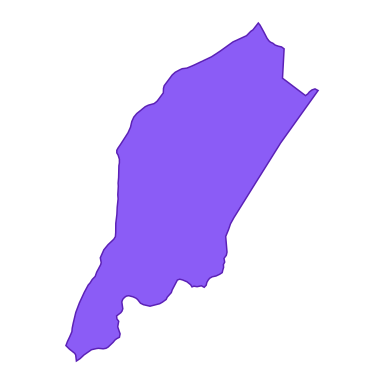 Querência do Norte, Paraná, Brazil
{"feature_id": "56859067B64295279901958", "entity_name": "Querência do Norte", "entity_type": "district", "adm_level": 2, "iso_a3": "BRA", "parent_name": "Brazil", "parent_adm1": "Paraná", "projection": "orthographic", "projection_center": [-53.558, -23.06], "detail": "fine", "context": "isolated", "style": "filled", "palette": "violet", "viewbox_px": 384, "rotation_deg": 0, "n_neighbors": 0, "source": "geoboundaries", "source_scale": "gbopen_adm2", "svg_char_len": 2017}
<svg xmlns="http://www.w3.org/2000/svg" viewBox="0 0 384 384"><path d="M166.2,299.4L167.2,297.2L171.3,292.6L172.2,289.9L177.4,280.0L179.7,279.2L182.5,279.9L187.0,281.8L190.6,284.7L192.0,286.9L193.9,286.2L197.1,286.7L201.4,285.8L204.2,287.3L206.2,285.2L206.8,282.5L208.1,280.2L209.6,278.3L212.2,276.8L216.0,276.0L219.8,274.2L222.2,272.6L222.8,270.0L223.6,267.4L223.4,264.5L224.7,262.1L224.0,258.4L226.3,255.3L227.0,252.1L226.3,243.6L225.7,236.5L228.6,229.4L230.5,223.8L234.1,217.3L235.2,215.6L256.2,181.9L261.6,173.3L278.3,146.7L280.5,143.1L318.1,90.5L315.0,88.9L312.0,89.9L309.4,91.9L307.7,94.0L305.5,95.6L282.5,78.2L284.1,48.8L281.5,46.9L278.4,46.2L275.2,45.1L272.8,43.2L270.5,42.2L268.8,40.7L267.0,38.2L263.8,32.0L260.0,25.1L258.3,23.0L252.9,29.9L250.8,31.3L246.5,35.7L233.0,41.9L220.2,51.1L211.5,56.8L199.9,62.3L194.2,65.0L192.2,65.9L186.9,68.1L182.2,68.7L179.6,69.9L175.3,72.2L172.2,75.0L164.2,85.7L163.5,88.3L163.3,92.9L158.4,99.5L157.0,101.3L154.1,103.6L148.3,105.2L145.2,106.7L136.8,113.5L133.8,117.1L131.8,121.5L130.5,127.2L128.0,132.8L120.6,144.3L118.0,148.1L116.8,150.3L116.8,152.9L118.1,155.1L119.4,159.2L119.4,163.0L118.9,165.7L118.6,177.6L118.1,183.1L118.3,186.1L118.2,188.2L117.8,194.8L118.1,198.9L117.2,207.3L116.9,214.2L115.8,223.3L115.7,232.6L115.4,236.6L113.8,239.2L111.6,241.3L108.1,244.6L103.9,249.7L100.3,257.8L101.2,262.6L100.7,264.6L96.7,272.1L95.2,276.4L92.2,279.5L90.1,282.9L88.3,284.9L84.3,292.3L79.4,302.9L75.8,312.4L73.2,323.3L72.2,328.2L71.9,331.7L69.8,336.6L67.5,341.4L65.9,345.6L69.4,349.1L74.7,353.3L75.7,355.0L76.4,361.0L80.1,358.6L83.9,355.0L91.5,349.7L96.3,348.6L98.4,348.3L103.2,348.8L106.0,348.3L108.1,347.1L113.2,342.2L114.9,340.1L116.7,338.7L119.4,337.3L120.1,333.9L117.7,326.8L118.7,321.3L116.9,318.9L116.6,315.9L120.8,312.7L122.0,311.1L122.8,308.8L121.8,301.9L122.7,299.4L124.5,297.4L126.4,296.1L128.7,295.7L133.0,296.8L135.9,298.1L137.5,299.4L140.5,303.2L143.5,304.7L150.0,306.2L159.7,303.7L162.5,302.1L166.2,299.4Z" fill="#8b5cf6" stroke="#5b21b6" stroke-width="1.5"/></svg>